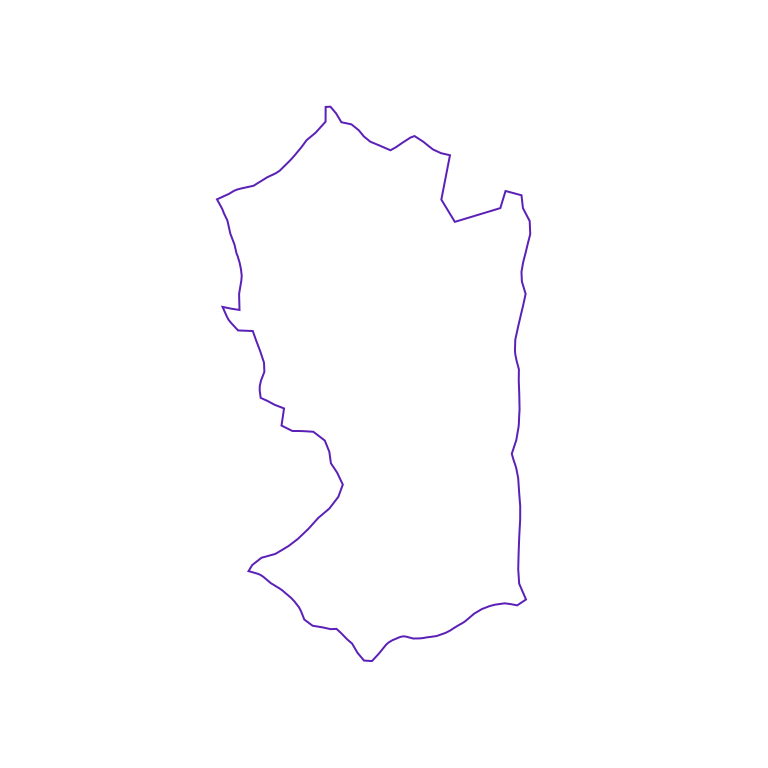 outline of Kitutu Chache South, Nyanza, Kenya, rotated 219°
{"feature_id": "3690345B32421349480810", "entity_name": "Kitutu Chache South", "entity_type": "district", "adm_level": 2, "iso_a3": "KEN", "parent_name": "Kenya", "parent_adm1": "Nyanza", "projection": "mercator", "projection_center": [34.755, -0.617], "detail": "fine", "context": "isolated", "style": "outline", "palette": "violet", "viewbox_px": 768, "rotation_deg": 219, "n_neighbors": 0, "source": "geoboundaries", "source_scale": "gbopen_adm2", "svg_char_len": 2362}
<svg xmlns="http://www.w3.org/2000/svg" viewBox="0 0 768 768"><g transform="rotate(219 384 384)"><path d="M386.7,608.1L395.9,617.2L411.0,610.5L404.3,593.9L431.0,554.6L455.5,563.4L476.7,603.3L484.9,599.3L493.5,597.1L498.6,597.0L505.9,597.0L516.3,595.9L518.5,592.2L521.6,582.8L523.8,575.3L526.1,569.7L536.5,566.8L547.1,563.7L555.5,563.7L559.7,564.6L563.2,565.3L572.7,565.3L581.9,560.6L591.3,564.1L600.1,565.8L603.7,562.6L594.5,551.1L595.3,536.2L597.6,524.8L597.2,516.4L597.3,506.1L597.5,501.1L597.9,496.5L599.3,484.0L600.8,479.5L604.8,471.3L608.7,460.2L610.1,456.0L618.1,446.0L620.5,442.7L622.1,439.8L624.3,433.8L626.3,429.9L630.0,422.4L620.0,418.3L615.4,415.7L608.6,412.5L598.0,404.1L588.0,398.3L580.8,392.7L578.1,391.2L572.4,387.3L567.3,383.1L562.7,378.6L559.9,374.5L553.3,362.8L542.9,350.6L549.4,346.8L558.0,342.3L548.5,337.5L545.2,336.1L541.0,335.2L531.1,333.8L519.3,342.6L511.5,337.8L500.7,331.5L490.6,325.0L484.6,318.1L481.7,309.1L479.1,304.0L476.6,300.8L471.1,295.6L463.9,297.5L455.9,299.0L446.3,302.1L437.5,287.2L425.7,289.8L418.4,295.6L408.9,302.4L394.4,302.8L383.8,296.9L375.4,289.0L364.6,285.6L352.7,279.9L348.5,267.7L348.1,252.8L350.8,238.6L351.6,223.7L353.5,209.2L356.2,198.1L361.5,183.6L369.9,171.8L372.5,160.3L371.5,153.3L368.1,154.8L362.1,157.3L359.2,158.0L356.2,158.2L346.6,158.0L337.0,159.3L333.6,159.6L329.4,159.5L321.2,159.3L316.5,158.6L309.6,157.0L305.5,155.2L297.7,150.8L287.4,151.2L278.4,156.3L271.2,159.9L266.8,163.8L260.3,163.4L252.2,162.4L245.4,162.2L235.4,158.4L225.5,156.5L222.8,158.4L219.0,161.1L218.3,171.0L218.3,182.5L217.9,185.5L216.2,190.2L212.3,197.5L210.2,200.1L207.8,201.6L201.1,204.6L195.9,209.0L193.8,211.1L191.5,213.8L184.6,221.1L179.5,229.4L177.4,234.1L176.5,237.1L174.1,243.9L172.9,246.7L171.7,250.2L169.4,262.3L166.3,270.7L162.2,277.8L159.0,282.2L152.2,289.5L146.8,292.8L141.2,295.8L138.0,305.9L153.3,313.9L163.2,324.6L173.1,337.5L178.9,345.2L183.5,351.4L186.2,355.1L192.6,364.0L201.1,374.6L210.2,384.2L220.5,395.3L228.0,401.6L230.9,403.6L236.1,406.9L240.8,410.2L245.8,423.5L252.4,435.3L254.2,438.0L258.3,443.5L262.6,449.5L272.9,461.7L281.3,471.3L288.4,480.3L295.7,485.6L300.9,489.9L303.5,492.7L309.9,501.1L316.0,513.3L321.4,524.4L325.6,533.2L330.6,543.1L341.3,550.4L347.7,557.6L352.2,565.7L354.2,569.9L356.2,574.4L360.4,583.2L364.6,592.4L373.3,602.3L386.7,608.1Z" fill="none" stroke="#5b21b6" stroke-width="2"/></g></svg>